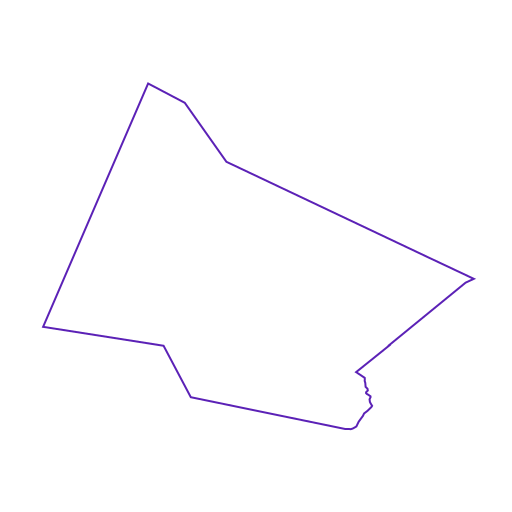 Goroka District, Eastern Highlands, Papua New Guinea (Albers equal-area conic projection), rotated 87°
{"feature_id": "67681753B3470631360402", "entity_name": "Goroka District", "entity_type": "district", "adm_level": 2, "iso_a3": "PNG", "parent_name": "Papua New Guinea", "parent_adm1": "Eastern Highlands", "projection": "albers", "projection_center": [145.434, -6.025], "detail": "fine", "context": "isolated", "style": "outline", "palette": "violet", "viewbox_px": 512, "rotation_deg": 87, "n_neighbors": 0, "source": "geoboundaries", "source_scale": "gbopen_adm2", "svg_char_len": 687}
<svg xmlns="http://www.w3.org/2000/svg" viewBox="0 0 512 512"><g transform="rotate(87 256 256)"><path d="M78.1,354.7L178.8,404.6L315.6,472.3L340.8,353.0L393.6,328.5L408.7,270.7L433.4,176.1L433.6,172.3L433.9,170.5L433.4,168.5L432.4,166.4L431.5,164.7L426.8,162.1L424.1,159.9L421.3,157.6L418.9,156.3L416.5,152.8L412.9,148.7L411.7,147.9L409.3,149.2L407.7,149.9L405.0,150.1L403.0,149.0L402.1,149.0L400.4,151.2L399.5,152.6L398.6,153.3L397.7,153.1L396.2,151.4L394.4,151.6L392.4,153.4L388.5,153.5L386.4,154.0L384.9,153.8L383.4,153.8L377.2,162.1L352.2,127.4L352.0,127.7L293.6,48.1L290.2,39.7L266.9,83.1L160.4,280.6L99.3,319.1L78.1,354.7Z" fill="none" stroke="#5b21b6" stroke-width="2"/></g></svg>